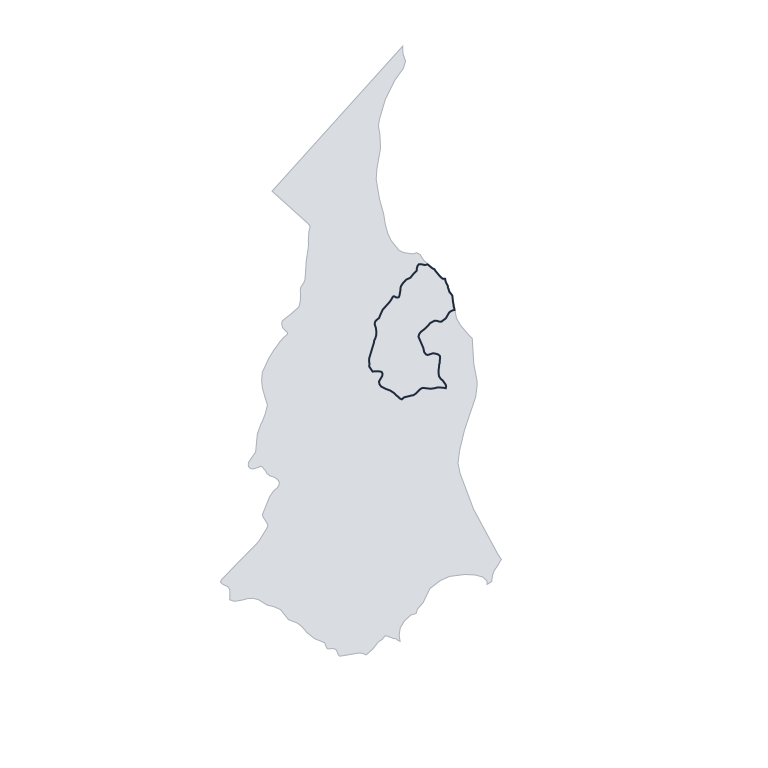 where Marrakech - Tensift - Al Haouz sits in Morocco, rotated 132°
{"feature_id": "MAR-1456", "entity_name": "Marrakech - Tensift - Al Haouz", "entity_type": "Region", "adm_level": 1, "iso_a3": "MAR", "parent_name": "Morocco", "parent_adm1": "", "projection": "mercator", "projection_center": [-8.579, 31.832], "detail": "fine", "context": "in_parent", "style": "outline", "palette": "slate", "viewbox_px": 768, "rotation_deg": 132, "n_neighbors": 0, "source": "natural_earth", "source_scale": "10m", "svg_char_len": 4212}
<svg xmlns="http://www.w3.org/2000/svg" viewBox="0 0 768 768"><g transform="rotate(132 384 384)"><path d="M125.7,591.1L129.7,584.0L136.5,580.8L150.6,579.3L171.7,573.4L190.5,564.4L195.9,560.9L201.6,553.7L211.1,544.4L228.9,533.2L237.0,526.9L249.5,511.2L257.8,498.1L264.6,489.7L269.4,482.2L272.7,474.6L274.6,462.3L273.3,457.5L268.1,449.7L264.6,447.6L263.6,443.8L265.5,437.3L265.5,426.0L266.6,407.9L272.4,393.2L286.7,374.0L289.3,366.0L290.9,353.4L291.1,348.9L308.9,330.8L319.4,317.0L323.0,313.6L332.3,307.2L364.5,293.3L382.7,283.4L393.3,276.1L399.6,267.5L417.2,233.5L434.4,185.2L435.8,179.5L443.6,177.9L449.0,177.2L453.4,175.4L458.8,171.8L464.0,173.3L461.4,175.7L461.4,181.7L465.1,188.7L471.6,196.6L483.2,206.6L492.4,210.6L505.4,213.0L520.5,208.6L529.0,208.5L533.1,206.6L537.6,209.4L546.1,210.3L554.3,208.8L560.6,204.6L564.5,199.8L565.2,202.2L565.3,204.8L566.6,206.3L569.0,212.4L570.3,214.7L575.0,214.4L579.2,215.6L588.4,215.0L597.3,216.0L598.6,220.0L601.2,223.1L610.4,230.3L615.8,234.7L616.0,236.3L614.2,239.9L613.5,242.4L614.9,245.1L618.3,248.3L618.5,249.8L617.7,251.6L616.0,255.1L619.7,265.2L620.3,275.0L619.3,281.9L619.4,285.9L619.9,289.3L623.0,297.2L620.9,310.1L623.3,317.2L626.5,322.9L628.3,333.1L630.9,337.9L635.1,342.1L637.6,343.5L642.3,347.0L645.7,349.9L647.6,354.3L643.4,357.8L640.0,361.0L639.1,364.4L640.7,369.9L640.7,372.9L638.5,373.8L629.7,373.5L622.8,373.3L614.9,373.0L603.7,372.5L596.8,372.2L587.4,371.7L584.1,371.9L575.4,373.5L569.3,374.6L568.2,374.9L566.3,376.2L565.0,380.2L563.8,384.9L562.6,386.9L544.2,393.6L537.0,394.5L532.8,393.8L529.8,394.3L527.3,395.7L526.4,397.9L526.3,400.6L526.8,403.4L528.6,407.2L528.9,411.1L527.8,413.8L527.5,416.5L527.0,419.4L527.9,421.0L529.7,421.3L531.5,422.6L534.0,423.8L536.1,426.2L536.0,429.5L534.3,431.3L532.7,432.3L525.8,433.2L520.4,433.9L513.3,439.2L505.7,444.8L496.7,448.5L492.7,449.6L485.8,452.2L477.5,456.6L473.5,463.6L468.3,471.7L463.4,477.2L456.6,482.3L450.3,484.2L442.4,486.7L432.4,488.6L425.3,489.2L423.2,489.6L417.0,489.7L413.9,489.3L411.7,489.1L410.7,489.7L410.4,491.0L410.3,493.9L409.9,497.2L407.9,500.0L406.5,501.2L404.9,501.8L399.7,501.0L395.3,500.1L384.8,498.9L382.8,499.2L382.0,499.6L378.7,501.5L373.7,505.5L370.3,509.0L367.8,510.6L361.8,511.5L359.1,512.7L347.8,521.5L345.4,523.6L333.8,531.2L330.6,533.7L328.0,536.2L321.1,541.7L316.6,544.2L315.8,545.6L315.6,549.0L315.6,556.6L315.6,563.8L315.6,574.2L315.6,584.7L315.6,596.2L120.4,596.2L125.7,591.1Z" fill="#d9dde1" stroke="#a8b0b8" stroke-width="1"/><path d="M265.9,431.6L265.7,426.1L265.6,425.2L264.9,423.3L265.4,422.1L266.5,414.9L266.6,412.0L266.5,410.8L266.0,410.2L265.4,409.7L264.9,409.0L266.2,407.3L267.2,405.5L268.3,402.4L268.8,401.7L269.6,401.0L269.8,400.6L270.1,399.7L270.7,399.0L271.0,398.4L271.5,397.6L271.8,397.1L272.4,393.0L272.7,392.2L276.7,387.8L278.5,385.4L278.8,385.0L279.4,384.5L279.8,384.1L280.1,383.6L280.5,382.7L280.7,382.4L281.8,381.2L281.9,381.3L283.6,382.4L285.1,383.0L287.3,383.4L293.8,382.0L299.4,383.1L300.8,384.9L301.5,386.7L303.2,388.8L308.0,390.5L310.5,390.3L315.7,390.6L320.7,391.5L323.5,391.2L325.8,390.0L330.9,378.9L333.4,375.5L333.9,372.6L333.3,371.0L328.3,368.1L326.9,365.9L325.8,363.5L325.8,361.1L327.5,359.4L329.1,358.4L330.9,356.8L332.7,356.0L334.7,354.3L336.7,353.1L339.1,351.0L341.4,348.4L342.2,345.4L342.1,342.7L343.2,337.8L344.0,336.4L345.8,335.3L346.8,337.0L349.4,340.4L350.9,342.1L352.8,343.2L356.3,346.1L360.8,352.4L361.9,353.2L362.8,353.3L363.9,353.7L369.6,353.9L372.8,354.7L374.4,356.1L375.9,357.0L380.4,360.1L383.5,360.5L384.2,362.7L384.0,364.7L384.2,367.2L384.0,370.5L384.7,375.0L386.5,379.5L387.8,384.5L387.2,387.2L385.5,389.4L379.2,390.7L377.3,392.0L376.6,393.9L377.8,396.0L381.2,399.8L382.4,400.8L380.9,406.7L380.0,407.4L378.7,408.3L377.3,410.1L374.8,412.2L359.9,419.2L358.2,420.4L356.1,420.9L353.0,422.4L350.2,424.7L347.8,427.5L345.9,430.8L343.9,432.2L341.8,432.4L338.2,431.8L335.7,432.8L329.7,434.7L319.4,434.7L316.2,435.1L313.8,435.7L312.7,435.7L311.9,434.9L311.6,433.1L310.8,431.9L309.6,431.1L307.9,431.7L303.4,434.5L301.6,436.0L299.7,436.9L296.4,437.4L291.5,437.3L287.4,435.5L282.3,435.8L277.9,435.5L276.2,436.9L273.8,438.1L271.7,438.2L270.1,436.5L268.3,433.3L265.9,431.6L265.9,431.6Z" fill="none" stroke="#1e293b" stroke-width="2"/></g></svg>